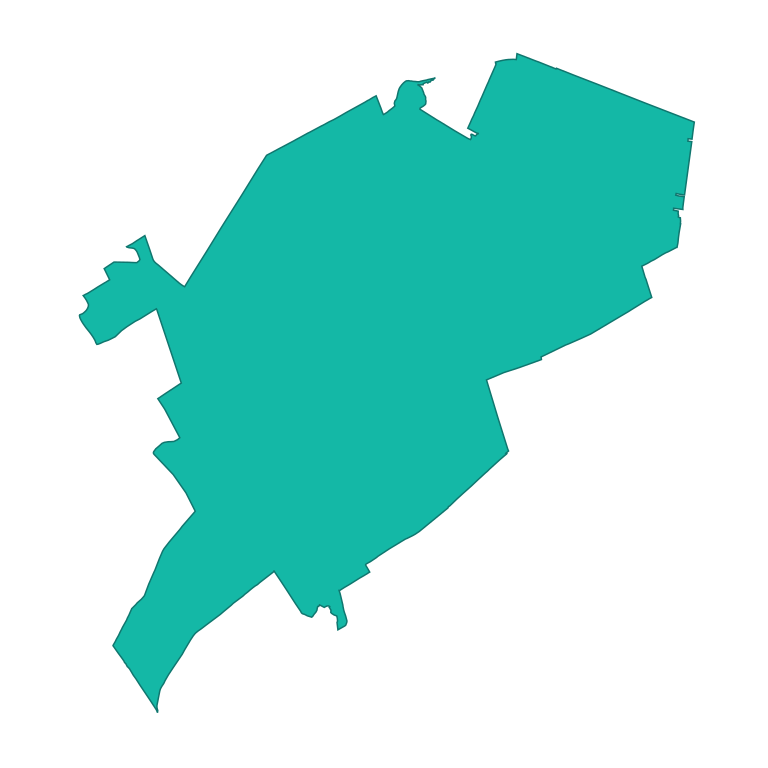 Trifesti, Neamt, Romania, rotated 271°
{"feature_id": "2599482B56536126693298", "entity_name": "Trifesti", "entity_type": "district", "adm_level": 2, "iso_a3": "ROU", "parent_name": "Romania", "parent_adm1": "Neamt", "projection": "mercator", "projection_center": [26.835, 46.906], "detail": "fine", "context": "isolated", "style": "filled", "palette": "teal", "viewbox_px": 768, "rotation_deg": 271, "n_neighbors": 0, "source": "geoboundaries", "source_scale": "gbopen_adm2", "svg_char_len": 6087}
<svg xmlns="http://www.w3.org/2000/svg" viewBox="0 0 768 768"><g transform="rotate(271 384 384)"><path d="M702.7,550.9L702.0,550.5L708.6,533.2L709.5,530.5L716.6,511.2L710.7,510.6L710.9,507.9L710.6,502.7L710.3,500.3L709.7,497.1L708.9,493.7L707.8,489.8L706.6,490.0L706.2,490.4L705.5,490.3L704.2,489.9L689.7,483.8L688.5,483.4L684.9,481.8L672.3,476.6L670.6,475.8L663.6,473.0L656.6,469.9L654.2,469.0L650.0,467.0L647.7,466.1L641.2,463.3L640.1,465.5L637.6,470.2L636.5,472.4L636.1,474.4L635.9,473.7L635.4,472.9L635.0,472.3L633.7,471.3L633.8,470.4L635.3,467.4L635.1,466.7L634.4,466.5L632.7,467.1L631.3,466.9L629.9,466.2L630.9,463.7L638.3,450.5L647.5,434.9L649.0,432.2L659.4,415.1L660.5,415.3L662.4,418.3L663.7,419.9L664.8,420.8L666.3,420.9L666.8,421.0L667.8,421.0L669.3,420.6L670.9,420.7L672.1,420.4L674.3,419.0L676.1,418.5L680.7,416.6L681.0,416.3L682.7,414.2L683.5,413.0L683.9,412.2L683.9,412.9L683.7,414.7L683.8,415.7L683.9,417.9L684.9,418.0L686.5,421.2L686.5,421.5L686.3,421.7L685.7,422.2L685.7,422.3L685.9,422.9L686.3,423.0L686.9,423.7L686.6,424.6L686.7,424.8L687.3,425.3L687.7,425.5L688.6,426.1L688.6,427.4L688.9,428.0L689.6,428.3L690.6,429.5L690.9,429.4L690.6,428.9L689.1,422.4L688.7,421.4L688.0,418.0L687.3,415.2L686.9,414.2L686.8,413.4L686.8,411.9L687.0,410.2L687.1,407.8L687.3,406.7L687.4,406.2L687.4,405.0L687.7,403.4L687.5,401.2L687.1,400.3L685.4,398.3L683.4,396.5L681.0,394.8L679.7,394.1L677.0,393.2L675.6,392.9L670.6,391.9L668.9,391.3L667.1,389.9L666.5,389.8L664.9,389.4L664.5,389.5L662.5,389.9L662.0,389.9L659.8,387.4L657.4,384.3L656.0,382.8L653.7,379.4L653.4,378.7L655.7,377.6L659.8,376.1L672.0,371.1L671.1,369.5L670.4,368.1L667.7,363.9L667.1,362.6L665.6,360.3L663.0,355.8L654.7,341.3L651.4,335.9L647.5,329.2L645.2,324.6L641.8,318.7L640.9,316.9L634.1,304.7L633.6,303.6L629.1,295.8L627.1,292.2L625.5,289.5L617.9,275.7L611.4,264.0L610.6,262.6L597.2,254.4L571.1,238.9L537.8,218.7L513.6,204.4L486.9,188.3L477.8,183.0L478.5,181.6L479.9,179.4L481.4,177.4L498.8,156.5L501.1,153.5L502.3,152.3L503.1,151.7L504.4,150.9L514.3,147.4L528.2,142.3L522.9,134.2L520.0,130.1L516.8,124.2L516.4,124.5L515.8,126.7L515.5,130.0L515.1,131.7L514.9,132.2L513.1,133.9L511.9,134.7L511.1,135.1L506.2,137.2L504.1,137.8L502.6,136.7L501.6,135.4L501.3,135.1L501.1,134.9L501.0,134.0L501.1,129.5L501.2,126.7L501.2,126.4L501.2,111.9L494.5,102.2L483.4,107.9L476.2,96.4L473.2,91.9L470.0,86.9L469.1,85.4L468.4,83.8L467.7,82.8L467.2,81.7L466.1,82.5L465.1,83.3L462.6,85.0L460.9,85.9L458.7,87.0L457.8,87.1L456.4,87.0L454.3,86.2L452.5,85.1L451.4,84.1L450.0,82.6L449.2,81.6L448.7,80.6L448.2,79.3L447.8,78.5L447.0,78.3L444.9,78.8L443.0,79.7L440.3,81.3L438.4,82.6L434.9,85.2L430.7,88.7L428.1,90.7L425.2,92.7L422.5,94.3L420.2,95.2L418.6,96.2L418.8,97.4L419.7,99.7L421.4,103.2L422.9,107.4L424.2,110.0L426.6,114.5L428.0,115.9L432.8,120.7L436.9,126.1L442.3,134.1L444.8,138.8L453.1,151.6L455.2,155.1L454.3,155.6L381.4,181.3L371.0,166.1L365.4,158.1L355.0,165.2L326.7,180.8L324.8,178.6L322.9,175.0L322.6,171.5L322.6,170.4L322.5,169.2L321.8,165.3L320.8,163.1L318.0,160.1L315.3,157.0L312.3,154.9L311.6,154.7L311.0,154.6L309.8,155.2L289.8,174.8L271.7,187.9L253.5,197.5L238.2,184.7L235.0,182.4L222.4,172.1L215.6,167.0L214.9,166.6L212.9,165.5L210.2,164.4L205.8,162.6L193.6,158.1L191.9,157.3L185.7,154.7L183.2,153.7L179.9,152.3L172.0,149.5L169.1,148.5L167.8,147.9L164.5,145.1L162.6,143.0L160.8,141.0L159.1,139.7L155.0,135.7L149.0,133.2L149.1,133.3L145.5,131.5L143.4,130.7L135.8,126.6L134.8,126.2L131.6,124.6L128.0,123.0L124.0,120.8L122.0,119.9L118.2,117.8L117.6,117.6L109.8,123.3L105.9,126.3L102.5,128.8L101.1,129.4L99.5,131.0L99.3,131.0L96.9,132.3L96.4,133.0L94.7,134.6L90.3,137.3L88.2,138.6L84.9,141.1L78.3,145.5L62.8,156.3L55.1,161.5L53.8,162.3L51.4,163.3L53.8,163.5L55.0,163.0L56.9,162.6L58.7,162.6L73.3,165.2L75.5,165.9L77.6,167.0L80.9,169.1L83.6,170.3L89.4,173.5L96.8,178.2L110.3,187.0L114.9,189.4L124.5,194.9L128.9,197.7L131.2,199.5L131.9,200.2L134.0,202.7L136.0,205.5L140.3,210.9L150.8,224.4L154.0,228.0L160.1,235.1L162.1,237.1L166.9,243.3L169.6,246.8L171.3,248.5L173.9,251.7L175.8,253.8L178.0,256.4L180.0,259.0L180.9,260.5L181.4,261.2L183.2,263.1L193.9,276.4L194.5,277.1L195.0,277.1L195.1,277.3L187.4,282.7L176.0,290.5L174.2,291.7L162.7,299.4L155.2,304.7L153.9,305.3L153.0,306.3L152.6,307.3L152.4,308.3L151.3,310.6L150.9,311.3L149.6,315.8L150.6,316.9L152.4,318.0L154.7,319.9L156.7,320.9L158.8,321.2L160.4,321.6L160.5,322.6L162.0,323.4L159.6,328.2L160.4,329.5L161.0,330.8L161.2,332.3L160.6,333.6L159.7,333.1L158.8,333.9L157.8,334.3L157.0,334.9L154.6,334.8L153.7,335.7L152.2,338.1L151.3,340.8L149.0,341.4L146.1,341.7L144.8,341.2L137.4,342.2L141.2,348.7L141.7,349.4L142.1,349.9L144.2,350.7L145.3,351.0L146.4,351.1L151.4,349.7L155.2,348.3L157.2,347.7L160.8,346.9L162.3,346.7L173.6,343.8L176.8,342.7L176.8,343.3L179.8,347.8L183.4,353.7L189.5,363.0L192.0,367.2L195.7,373.0L202.6,368.8L203.2,368.8L203.9,369.6L206.5,374.0L210.4,379.6L211.6,380.9L219.5,392.5L229.4,408.2L230.0,409.7L232.9,415.3L234.3,417.7L237.2,421.9L261.2,450.1L262.6,450.6L262.6,450.9L263.4,452.0L269.9,458.5L275.2,464.1L284.1,473.7L289.5,479.2L297.0,487.1L298.3,488.6L299.9,490.2L300.3,490.5L310.2,501.0L314.2,505.5L316.1,507.7L316.5,508.0L316.9,507.1L319.2,509.7L321.0,508.9L352.5,498.4L389.9,486.4L397.5,503.6L402.7,518.7L411.1,540.8L411.2,541.0L413.8,540.6L426.1,564.8L427.3,567.8L433.0,580.2L437.6,589.8L453.7,615.8L456.6,620.5L460.7,627.2L462.7,630.2L471.4,643.7L472.3,645.3L474.1,648.2L475.2,650.2L490.3,645.1L493.1,644.2L495.2,643.2L506.3,639.7L509.2,645.3L510.6,647.6L511.2,648.4L513.2,652.3L518.2,660.1L520.1,663.4L521.1,665.7L525.7,674.2L525.7,674.6L530.1,675.4L535.9,675.9L541.0,676.5L549.3,677.8L549.3,677.5L551.9,677.7L555.3,677.4L555.2,677.1L556.2,675.3L557.2,675.6L557.9,675.5L558.6,675.3L559.9,675.1L561.5,675.2L562.0,675.1L562.8,670.4L563.9,670.5L564.8,670.5L563.7,679.8L565.4,679.7L568.4,680.0L576.5,680.9L577.2,675.2L577.9,672.4L579.6,672.8L579.0,675.7L578.2,681.2L631.7,687.5L632.1,683.6L634.6,683.8L634.2,687.7L643.4,688.7L651.3,689.7L669.7,639.6L687.1,593.0L696.2,568.2L702.7,550.9Z" fill="#14b8a6" stroke="#0f766e" stroke-width="1.5"/></g></svg>